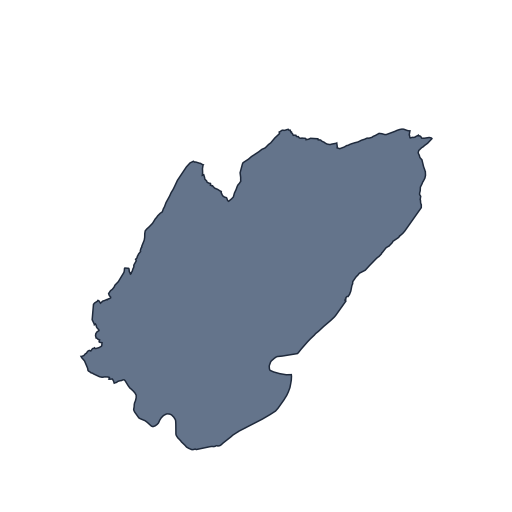 the district of Våler nor, Østfold, Norway, rotated 307°
{"feature_id": "86288312B88858527960319", "entity_name": "Våler nor", "entity_type": "district", "adm_level": 2, "iso_a3": "NOR", "parent_name": "Norway", "parent_adm1": "Østfold", "projection": "robinson", "projection_center": [10.969, 59.464], "detail": "fine", "context": "isolated", "style": "filled", "palette": "slate", "viewbox_px": 512, "rotation_deg": 307, "n_neighbors": 0, "source": "geoboundaries", "source_scale": "gbopen_adm2", "svg_char_len": 6031}
<svg xmlns="http://www.w3.org/2000/svg" viewBox="0 0 512 512"><g transform="rotate(307 256 256)"><path d="M69.1,212.6L69.2,212.9L71.3,215.3L70.5,217.3L69.1,219.3L70.4,220.1L71.1,220.7L72.7,221.1L74.5,222.4L75.4,223.4L77.2,224.4L77.8,225.4L77.7,226.3L75.4,232.2L74.9,233.9L74.6,235.0L74.6,236.9L74.4,237.9L74.3,239.3L73.7,241.9L72.7,244.1L70.7,245.6L67.7,246.9L65.7,247.4L64.2,248.1L62.1,249.5L59.9,250.6L59.2,251.4L58.4,252.9L56.2,259.9L56.4,261.5L57.7,266.5L57.7,269.3L57.2,274.8L57.7,276.4L59.7,277.7L62.0,278.4L64.0,278.6L67.0,277.9L69.7,277.7L72.8,278.1L73.8,278.5L76.0,279.6L76.6,280.2L77.8,282.2L78.3,284.1L77.8,287.4L76.7,290.2L75.8,291.2L73.4,293.2L65.6,299.2L65.0,299.9L64.6,300.6L63.7,303.0L63.1,307.1L62.7,308.1L62.1,313.2L61.6,315.5L61.9,318.0L62.7,321.2L63.4,322.2L65.2,323.6L65.5,324.8L75.8,333.8L77.5,335.5L77.9,336.3L78.5,337.1L79.3,337.8L80.7,338.5L81.0,338.9L81.3,339.9L82.7,341.2L84.2,341.8L87.0,342.3L96.5,344.8L99.1,345.3L106.1,347.9L129.3,359.1L137.9,362.7L143.9,364.9L147.6,365.2L157.8,364.9L163.2,364.4L167.0,363.6L171.3,362.3L174.6,360.7L178.1,358.9L181.2,356.8L182.5,355.6L179.4,351.7L176.3,345.7L174.0,339.8L173.2,336.3L173.3,335.5L174.1,334.5L175.8,333.0L176.7,332.5L180.3,331.4L181.5,331.4L185.4,332.2L187.5,332.9L188.5,333.5L191.9,337.2L203.0,347.8L204.1,348.0L208.7,348.1L218.4,348.8L222.7,349.3L228.0,350.2L229.9,350.3L233.4,351.2L240.8,352.5L249.7,354.5L254.6,355.3L256.6,355.4L274.1,354.9L274.1,353.9L274.9,353.9L275.1,353.3L275.9,353.6L276.7,352.9L277.8,352.9L278.6,353.2L279.0,353.9L281.6,353.8L285.1,352.8L290.2,350.3L292.0,349.9L293.7,348.7L298.2,348.5L300.5,348.5L301.2,348.8L304.4,348.9L310.4,351.8L316.7,352.4L326.2,353.6L327.9,353.9L329.6,354.5L333.2,354.9L334.3,354.6L334.9,354.8L340.8,354.9L343.2,355.8L343.6,356.2L348.7,356.8L350.1,356.5L356.5,358.7L358.5,358.8L358.6,358.6L359.6,359.0L362.4,359.6L365.5,359.8L394.1,358.9L396.4,357.2L397.3,355.7L399.5,353.8L399.8,353.4L399.8,353.2L402.8,351.6L403.5,349.7L404.7,348.8L406.9,347.9L410.0,345.8L412.9,345.3L415.6,344.6L416.4,344.6L419.9,344.0L422.5,342.8L425.5,340.3L425.8,339.5L426.3,339.0L428.1,336.2L432.7,330.6L433.3,327.6L434.7,325.8L435.6,324.0L436.2,323.3L438.2,322.5L442.2,323.1L443.9,323.8L445.7,324.1L449.3,325.2L455.6,325.9L455.8,325.2L455.6,324.5L454.9,323.0L451.3,319.5L450.4,318.3L449.8,317.3L450.5,315.9L450.6,315.2L450.3,314.5L450.2,313.9L449.9,313.6L450.2,312.9L449.6,312.8L448.0,311.9L446.4,311.4L446.3,311.1L445.5,310.5L444.9,309.5L443.1,308.1L443.3,307.5L444.6,306.2L444.9,305.5L448.6,303.6L447.8,302.5L447.2,301.1L446.2,297.7L445.2,296.2L443.6,294.7L441.2,293.0L439.1,291.9L431.3,286.9L430.5,285.8L429.4,282.9L428.0,280.5L423.9,278.7L422.1,277.6L420.6,277.2L417.9,275.2L417.6,274.5L416.6,273.5L414.8,272.6L412.0,270.6L408.4,268.8L406.1,266.9L402.9,264.6L401.1,263.5L400.0,263.1L398.7,261.9L396.3,261.0L392.1,258.3L391.2,255.7L392.2,255.1L394.8,252.5L394.5,252.4L390.9,249.1L389.9,248.4L389.4,247.8L388.3,245.7L388.0,244.7L387.8,242.5L387.9,242.2L387.4,240.0L387.3,239.0L387.5,238.0L387.2,237.1L386.7,236.7L386.2,235.7L386.9,234.9L382.8,228.7L380.9,227.7L379.0,226.0L379.6,225.5L379.6,224.4L378.7,223.2L378.2,222.2L377.7,222.0L377.5,221.3L377.1,221.1L376.7,220.5L376.4,219.4L376.6,218.7L376.5,218.3L376.8,217.9L375.9,216.7L376.0,215.8L376.4,215.3L375.9,214.3L374.8,213.2L375.7,211.4L375.8,210.1L376.1,209.9L375.9,209.7L376.2,209.5L376.1,209.4L376.3,208.5L377.1,207.7L376.5,206.9L376.5,206.5L376.3,206.3L376.6,205.6L375.9,204.9L373.7,203.4L373.0,202.5L372.7,201.7L371.5,200.8L370.2,200.6L369.0,199.9L367.8,201.1L361.6,200.0L355.2,199.7L352.6,198.9L348.7,198.4L347.5,198.1L344.7,196.5L340.9,195.5L332.6,192.5L328.8,191.7L322.7,189.5L321.3,189.8L312.9,193.2L309.5,196.5L307.2,198.2L306.7,198.8L304.0,199.0L302.0,198.8L300.3,199.1L297.1,200.1L293.3,200.9L289.5,202.4L286.9,202.1L283.2,201.2L283.2,200.3L283.3,199.8L284.7,197.7L284.7,196.9L284.0,195.3L284.1,194.7L284.0,193.3L284.7,191.7L285.2,191.0L285.5,190.1L286.4,189.7L286.6,189.3L286.3,187.9L286.1,185.0L285.7,184.0L285.7,183.2L285.4,182.7L285.3,181.9L285.6,180.6L285.6,179.9L286.0,179.0L285.4,178.4L285.4,177.6L285.1,177.0L286.1,176.5L286.5,176.0L286.4,175.5L286.0,175.2L285.5,172.7L285.6,172.3L286.2,171.5L286.6,168.9L287.9,167.5L289.4,165.4L288.5,165.0L288.2,164.7L289.2,164.6L289.3,164.4L289.1,164.0L290.6,163.1L293.5,160.7L296.7,159.0L297.1,159.0L296.7,157.7L296.6,155.9L296.3,155.6L294.8,151.3L294.0,150.4L294.0,149.0L290.6,147.3L285.3,146.8L269.2,147.7L261.7,149.3L258.9,149.8L255.5,150.1L252.1,150.9L244.5,152.0L240.2,153.3L238.0,153.6L234.9,154.6L232.4,153.8L229.0,153.3L226.5,153.4L225.4,153.2L219.9,153.7L214.9,153.1L211.8,152.5L209.4,152.4L206.9,153.7L204.0,155.8L201.4,157.2L195.0,158.9L194.1,159.5L193.3,159.4L190.8,160.3L190.1,161.1L187.0,161.0L185.1,161.4L184.4,161.4L183.1,162.0L182.4,162.1L180.9,161.8L180.4,162.8L180.0,163.3L175.8,163.8L174.9,164.1L174.0,164.9L173.2,165.1L172.9,165.3L171.8,165.4L169.1,166.4L167.5,166.3L166.9,166.9L166.0,166.6L166.8,165.3L167.2,164.3L169.3,162.3L169.5,161.7L167.5,158.5L166.9,158.5L164.8,159.8L163.4,160.4L152.6,161.5L147.8,160.9L145.7,161.4L142.8,161.3L140.8,160.7L137.3,160.9L136.1,162.7L135.8,164.5L135.1,165.1L134.2,164.8L132.5,163.7L131.5,163.5L131.5,163.1L129.0,161.7L127.9,160.8L124.7,160.2L125.6,157.7L125.7,157.2L125.3,156.4L124.6,156.6L121.4,155.4L119.6,155.3L106.5,163.5L104.4,167.6L103.8,168.3L105.1,168.7L104.2,170.5L103.5,171.0L102.9,172.5L102.5,174.7L101.9,175.5L99.9,174.7L97.6,174.8L95.9,175.7L95.1,176.6L94.8,177.2L94.3,177.5L94.6,178.6L94.4,180.0L94.9,181.6L93.4,182.1L93.0,182.5L93.2,183.5L94.1,185.2L91.7,186.7L91.0,186.9L88.4,185.8L86.2,184.2L85.3,183.3L85.2,183.0L85.4,182.7L85.5,182.2L84.6,182.0L83.7,181.2L80.7,181.2L80.3,179.7L79.7,179.4L78.5,178.9L76.2,179.1L75.6,178.7L74.6,178.5L73.0,178.5L71.0,177.3L70.5,176.7L69.9,178.0L69.0,182.2L65.6,188.1L64.7,189.5L63.7,190.4L63.3,191.4L63.5,192.8L63.4,194.5L64.1,196.2L64.0,196.9L65.4,203.6L66.3,205.6L66.9,206.5L68.4,207.9L70.1,210.3L70.7,211.7L70.8,212.0L70.6,212.3L69.1,212.6Z" fill="#64748b" stroke="#1e293b" stroke-width="1.5"/></g></svg>